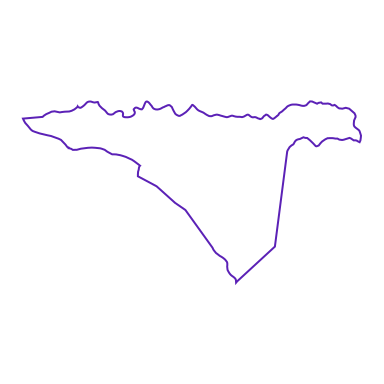 the district of Dugard, Micoud, Saint Lucia
{"feature_id": "8701671B98916205392785", "entity_name": "Dugard", "entity_type": "district", "adm_level": 2, "iso_a3": "LCA", "parent_name": "Saint Lucia", "parent_adm1": "Micoud", "projection": "equal_earth", "projection_center": [-60.915, 13.81], "detail": "fine", "context": "isolated", "style": "outline", "palette": "violet", "viewbox_px": 384, "rotation_deg": 0, "n_neighbors": 0, "source": "geoboundaries", "source_scale": "gbopen_adm2", "svg_char_len": 5994}
<svg xmlns="http://www.w3.org/2000/svg" viewBox="0 0 384 384"><path d="M23.0,118.6L23.9,120.6L25.2,122.9L27.8,125.8L30.8,129.5L32.5,130.9L34.8,131.8L39.6,133.4L47.6,135.3L51.0,136.0L58.5,138.7L61.0,139.9L65.5,144.6L67.2,146.9L68.7,147.6L68.6,148.2L69.4,148.3L71.1,148.8L72.9,149.9L75.4,149.8L76.8,149.8L80.9,148.7L88.0,147.8L91.9,147.6L95.2,147.8L100.1,148.3L101.6,148.7L104.7,149.8L107.3,151.7L112.1,154.3L116.0,154.4L120.3,155.2L122.7,155.9L125.8,156.9L130.1,158.9L131.9,159.7L134.3,161.3L138.7,164.6L140.0,165.7L139.6,166.0L139.2,167.0L138.9,168.0L138.8,169.1L138.6,170.0L138.1,171.6L137.9,174.4L137.9,176.3L156.6,186.3L175.1,202.9L185.4,210.0L212.5,247.7L212.9,248.6L213.0,248.8L213.4,249.6L213.7,250.1L214.8,251.5L215.7,252.6L216.1,253.1L216.7,253.5L217.5,254.1L219.8,255.9L221.1,256.6L222.2,257.3L222.8,257.7L223.6,258.3L224.8,259.3L225.1,259.6L225.7,260.3L226.3,261.1L226.6,261.5L226.9,261.9L227.1,262.4L227.2,262.7L227.2,263.0L227.3,263.4L227.3,264.1L227.3,265.3L227.2,266.2L227.2,266.8L227.4,268.6L227.5,269.5L227.6,269.8L227.7,270.3L228.0,270.8L228.5,271.7L229.2,272.9L230.0,274.0L231.0,275.1L232.0,275.9L233.0,276.6L233.8,277.2L234.8,278.1L235.3,278.7L235.6,279.2L235.8,279.7L236.0,280.6L236.0,281.1L236.1,282.6L237.1,281.4L274.9,246.6L287.2,151.5L287.6,150.4L289.6,147.1L291.4,145.5L293.4,144.3L295.0,141.4L296.4,140.0L298.2,139.3L299.9,139.0L303.4,137.3L305.3,137.9L307.2,138.0L310.0,140.3L313.2,143.4L315.7,146.1L316.6,146.3L317.7,145.9L318.7,145.5L320.4,143.3L322.1,141.5L325.3,139.3L327.6,138.2L331.7,138.1L333.1,138.2L335.5,138.6L337.5,138.6L339.3,139.6L342.1,140.0L343.8,139.7L349.5,137.9L350.8,138.4L353.8,140.4L355.3,140.3L356.2,140.5L356.6,140.5L357.6,141.2L359.6,142.2L360.4,140.5L360.8,137.8L361.0,135.6L359.9,132.1L359.4,130.8L358.7,130.0L355.4,127.5L354.3,126.4L353.8,124.9L353.8,123.3L354.1,120.4L355.6,117.0L355.5,115.5L354.5,113.3L349.2,108.7L345.8,107.8L342.3,108.7L340.7,108.5L339.2,108.4L337.5,107.3L336.2,106.0L334.6,104.9L333.0,105.5L331.7,105.3L330.2,104.1L327.9,103.5L325.7,103.7L322.6,103.7L321.1,102.4L318.4,102.9L317.1,103.7L314.1,102.4L312.1,101.5L310.0,101.4L308.2,103.1L306.6,104.9L306.2,105.2L305.4,105.5L304.7,105.7L304.5,105.8L303.3,105.9L302.3,105.8L301.2,105.6L299.5,105.1L298.0,104.8L296.7,104.6L295.7,104.5L293.4,104.5L292.8,104.5L292.2,104.6L291.5,104.7L290.7,104.9L288.5,105.8L288.1,106.0L287.2,106.6L286.9,106.9L285.7,108.2L283.7,109.9L282.2,111.3L281.5,111.8L280.2,112.6L279.7,112.9L279.1,113.5L278.3,115.0L278.1,115.1L277.8,115.4L277.1,116.0L276.8,116.1L276.7,116.3L275.8,117.0L275.5,117.3L274.3,118.2L273.7,118.6L273.1,118.9L272.9,118.9L272.7,118.9L272.2,118.7L271.3,118.2L270.0,117.2L267.9,115.3L267.7,115.1L267.2,114.9L266.7,114.7L266.1,114.6L265.9,114.7L265.7,114.8L265.4,115.2L264.5,115.7L264.1,116.0L263.8,116.3L263.2,117.0L262.3,118.2L262.1,118.3L261.4,118.7L260.4,119.0L260.1,119.1L259.9,119.0L259.3,118.7L259.1,118.7L258.1,118.4L257.3,118.0L256.4,117.5L255.4,117.2L255.1,117.1L254.4,117.1L253.2,117.3L252.7,117.3L252.3,117.2L251.8,117.1L251.4,116.9L250.7,116.5L248.7,114.9L248.4,114.8L248.1,114.7L247.5,114.7L247.1,114.8L246.8,114.9L246.1,115.3L244.4,116.3L243.8,116.6L242.6,117.0L242.1,117.1L241.8,117.1L240.6,116.9L239.5,116.8L239.0,116.8L237.3,116.8L236.5,116.7L235.6,116.6L234.9,116.4L233.7,116.1L232.9,115.8L232.3,115.7L231.7,115.7L231.2,115.8L229.3,116.5L227.9,117.0L227.4,117.1L226.2,117.1L225.9,117.0L224.6,116.7L222.2,116.0L220.7,115.6L219.2,115.1L217.9,114.8L217.4,114.7L216.1,114.7L214.9,115.0L213.7,115.3L212.8,115.7L212.1,116.0L211.3,116.2L210.9,116.2L209.5,116.1L209.0,116.0L207.2,115.1L205.7,114.2L204.1,113.1L203.4,112.6L202.6,112.3L201.8,111.9L200.5,111.4L199.0,110.7L198.3,110.3L197.3,109.5L196.8,109.0L196.3,108.4L194.7,106.6L194.1,106.1L193.4,105.5L192.8,105.0L192.3,104.9L192.1,105.0L191.3,106.1L191.0,106.6L190.0,107.8L189.4,108.6L187.3,110.8L185.7,112.3L184.9,112.8L184.5,113.1L182.3,114.6L180.9,115.3L180.2,115.7L179.8,115.9L179.2,115.9L178.6,115.8L177.9,115.5L176.7,114.9L176.0,114.4L175.4,113.9L175.1,113.5L174.6,112.6L173.7,111.0L172.8,109.2L172.3,108.1L172.0,107.3L171.6,106.8L171.1,106.4L170.1,105.5L169.6,105.2L169.4,105.1L169.1,105.1L168.4,105.1L167.4,105.4L166.5,105.8L166.3,105.9L165.9,106.1L165.1,106.4L164.2,106.9L163.5,107.2L162.9,107.4L162.5,107.6L161.3,108.3L160.3,108.8L159.1,109.2L157.4,109.5L155.7,109.4L155.0,109.2L154.6,109.0L153.8,108.7L153.4,108.4L152.5,107.4L152.1,106.7L151.7,106.0L150.4,104.5L149.4,103.2L149.0,102.8L148.4,102.2L147.5,101.7L147.0,101.5L146.8,101.5L146.6,101.5L146.3,101.6L146.1,101.7L145.8,102.0L145.6,102.2L145.1,103.1L144.9,103.5L144.1,105.5L143.5,107.0L143.1,107.9L142.6,108.5L142.3,108.9L141.9,109.3L141.0,109.3L140.6,109.2L139.1,108.7L138.6,108.4L138.0,108.1L137.3,107.8L136.5,107.6L136.0,107.6L135.8,107.6L135.3,107.8L134.8,108.1L134.2,108.8L133.7,109.3L133.7,109.6L134.1,110.6L134.3,111.1L134.6,111.5L134.8,112.1L134.8,112.7L134.7,113.4L134.6,113.7L134.5,113.9L133.8,114.8L133.2,115.3L132.6,115.7L131.2,116.5L130.4,116.8L129.7,117.0L128.4,117.2L127.4,117.3L124.8,117.2L124.1,117.0L123.4,116.7L123.1,116.4L122.9,115.9L122.9,114.8L123.0,114.4L123.1,114.0L123.0,113.5L122.9,112.9L122.8,112.6L122.0,111.6L121.8,111.5L121.0,111.2L119.8,111.0L119.2,111.0L118.5,111.1L117.7,111.3L116.2,111.9L115.5,112.2L114.9,112.7L113.0,114.2L111.4,114.6L111.1,114.6L110.8,114.6L109.8,114.5L108.9,114.3L108.0,113.9L107.8,113.8L106.8,112.7L106.1,111.8L105.5,111.1L105.0,110.5L102.0,108.2L101.6,107.8L99.8,106.0L99.6,105.8L99.3,105.3L98.9,104.6L98.4,103.6L98.3,103.1L98.1,102.4L98.0,102.2L97.8,102.0L95.4,102.4L95.0,102.5L94.4,102.5L93.2,102.3L90.7,101.5L89.7,101.5L88.5,101.7L87.7,102.0L87.3,102.2L86.7,102.7L86.2,103.2L84.7,104.8L83.7,105.7L82.4,106.7L81.8,107.1L81.0,107.6L80.6,107.7L80.4,107.8L80.0,107.8L79.5,107.6L78.9,107.4L78.5,107.2L77.9,106.8L77.7,106.6L77.6,106.4L77.1,107.3L74.4,109.4L71.6,110.8L69.2,111.5L64.8,111.7L62.1,112.0L59.8,112.4L54.6,111.3L51.5,111.7L49.3,112.8L46.3,114.1L44.0,115.6L42.6,116.9L23.0,118.6Z" fill="none" stroke="#5b21b6" stroke-width="2"/></svg>